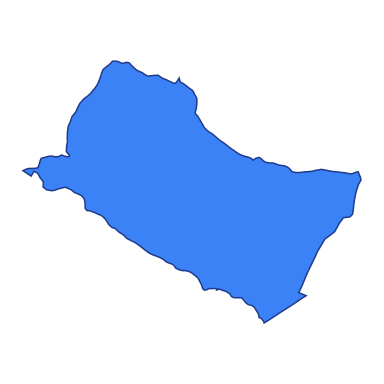 Kitutu Masaba, Nyanza, Kenya
{"feature_id": "3690345B6563140226542", "entity_name": "Kitutu Masaba", "entity_type": "district", "adm_level": 2, "iso_a3": "KEN", "parent_name": "Kenya", "parent_adm1": "Nyanza", "projection": "mercator", "projection_center": [34.893, -0.689], "detail": "fine", "context": "isolated", "style": "filled", "palette": "blue", "viewbox_px": 384, "rotation_deg": 0, "n_neighbors": 0, "source": "geoboundaries", "source_scale": "gbopen_adm2", "svg_char_len": 3866}
<svg xmlns="http://www.w3.org/2000/svg" viewBox="0 0 384 384"><path d="M358.1,171.8L356.2,172.2L355.1,172.5L352.4,173.7L350.6,173.9L347.9,173.4L345.8,172.9L343.0,172.6L339.7,172.2L337.5,172.0L335.1,171.7L333.1,171.5L330.6,171.2L327.9,170.6L326.6,170.3L324.9,170.0L321.8,169.4L320.6,169.5L319.0,169.8L315.7,170.3L314.5,170.6L313.0,171.1L310.0,171.5L308.9,171.6L307.1,171.7L302.9,172.1L299.7,172.5L298.0,172.6L296.7,172.5L292.5,172.0L289.7,169.0L288.9,168.1L287.9,167.4L285.6,166.2L284.3,165.8L282.6,165.6L279.1,165.1L277.2,164.4L274.8,163.5L272.9,163.0L269.1,162.9L265.8,162.2L264.8,161.8L263.4,160.8L261.4,158.9L260.3,158.1L259.1,157.4L255.8,158.3L253.0,160.2L251.6,158.6L248.4,157.2L244.4,156.2L241.4,155.1L239.5,154.2L236.7,152.5L234.0,150.6L232.4,149.5L229.5,147.4L228.1,146.4L226.9,145.4L223.7,142.8L221.0,141.2L217.8,138.7L216.6,137.6L215.3,136.4L212.3,133.9L209.1,131.9L207.4,130.7L204.0,127.3L203.4,125.8L201.2,122.1L199.8,119.6L197.9,116.5L195.3,113.5L195.4,111.5L196.2,109.0L196.4,107.6L196.6,105.8L197.0,101.9L196.7,98.1L194.8,94.7L193.4,91.7L192.1,90.1L189.3,88.2L187.9,87.1L186.4,85.9L183.3,83.6L180.2,82.0L179.1,78.0L177.7,80.6L175.7,82.9L174.7,83.5L172.6,82.7L170.4,81.7L166.7,79.9L163.2,78.5L161.4,77.6L159.5,76.2L157.9,75.2L153.1,75.5L151.3,75.7L148.8,76.0L147.6,76.1L144.2,74.1L143.1,73.3L142.1,72.6L139.5,71.5L138.1,70.9L136.6,70.0L134.8,68.5L133.4,67.3L131.1,65.0L130.3,64.0L129.1,62.8L126.4,62.3L124.8,62.9L122.2,63.4L120.5,62.7L118.1,61.5L115.1,61.1L112.5,61.2L110.5,63.4L109.6,64.3L108.6,65.1L106.3,66.8L103.3,69.3L101.4,73.4L101.3,74.6L100.3,77.2L99.8,78.7L99.2,80.3L97.6,84.1L95.6,87.2L94.2,89.0L91.8,91.9L89.8,94.1L87.5,96.2L84.2,98.6L83.0,99.8L81.8,101.1L80.1,103.2L79.3,104.3L78.0,107.0L77.2,108.5L76.4,110.7L75.9,111.7L75.0,112.9L72.0,116.6L71.5,118.2L70.1,122.2L68.6,125.2L68.1,126.9L67.5,131.5L67.4,133.2L67.3,135.0L67.3,138.8L67.4,141.9L66.6,146.1L66.3,151.5L69.7,155.7L68.4,156.9L65.1,156.3L61.7,155.0L58.3,156.7L54.8,156.7L53.5,156.5L52.0,156.1L48.9,156.2L45.0,157.3L41.2,158.3L40.3,160.4L39.5,163.2L38.4,166.6L37.6,167.9L33.8,168.4L31.1,168.4L29.2,168.4L26.1,169.2L23.0,170.7L31.1,176.1L34.0,171.4L35.9,172.3L37.6,173.1L40.1,177.7L43.3,181.8L43.3,183.8L43.1,187.0L46.6,189.8L51.6,190.7L54.1,190.4L56.5,189.6L59.2,188.7L60.9,188.3L65.0,187.2L66.6,187.7L68.0,188.3L71.2,189.8L74.2,192.3L77.9,193.9L80.3,195.0L81.6,195.8L83.5,197.8L84.5,199.9L85.1,203.3L85.1,205.5L85.2,208.5L87.1,210.6L90.1,210.8L91.8,211.6L94.6,212.5L97.9,214.2L100.8,215.2L102.1,216.0L105.2,219.0L107.0,221.5L108.1,223.5L108.8,224.5L109.5,225.3L111.9,227.4L115.4,228.7L117.6,230.8L118.6,231.8L119.8,232.6L123.0,234.6L124.4,235.8L125.9,237.5L126.8,238.3L127.8,239.0L131.1,240.6L134.5,242.3L136.0,243.2L138.1,244.7L139.6,245.8L141.2,247.0L144.1,249.3L146.0,250.8L148.2,252.4L150.0,253.5L153.2,255.0L154.4,255.5L155.9,255.9L158.5,257.0L160.2,257.7L163.2,259.3L165.9,261.6L167.4,262.4L170.2,263.5L172.8,264.4L174.1,265.7L175.9,268.3L179.7,270.0L181.2,270.4L182.6,270.6L186.1,270.7L189.7,271.8L191.4,272.7L193.6,274.4L194.9,275.4L195.8,276.1L198.1,278.2L199.7,281.3L201.4,284.6L202.7,288.6L204.4,290.2L207.4,289.5L208.9,288.6L213.0,288.6L215.6,288.5L216.9,288.8L216.6,290.0L219.6,289.1L222.7,290.4L226.0,291.4L228.4,292.9L230.1,294.2L231.5,296.6L233.9,297.7L236.6,297.7L238.7,297.8L241.3,297.7L243.3,299.6L245.8,302.7L248.3,304.7L250.9,305.1L254.1,306.9L256.2,310.4L258.4,313.9L259.1,317.5L261.8,318.9L263.8,321.7L264.1,322.9L268.3,320.4L274.7,316.2L278.9,313.4L294.2,303.6L300.1,299.5L306.1,295.7L298.7,292.5L300.8,288.4L302.6,284.4L305.1,278.2L307.6,272.4L315.1,256.9L317.6,251.3L320.6,246.3L324.8,239.2L334.6,231.8L339.9,222.4L343.4,217.7L347.1,217.3L350.2,216.8L351.7,215.0L352.5,214.4L353.0,211.7L353.4,208.6L353.9,203.6L354.5,199.8L355.4,195.0L356.6,190.0L358.6,184.2L361.0,180.0L360.3,176.9L358.1,171.8Z" fill="#3b82f6" stroke="#1e3a8a" stroke-width="1.5"/></svg>